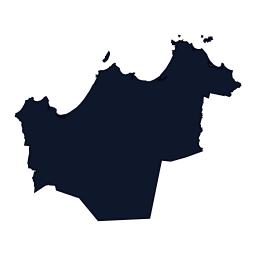 outline of Dorset, Tasmania, Australia
{"feature_id": "25037944B7753328322432", "entity_name": "Dorset", "entity_type": "district", "adm_level": 2, "iso_a3": "AUS", "parent_name": "Australia", "parent_adm1": "Tasmania", "projection": "albers", "projection_center": [147.795, -41.048], "detail": "fine", "context": "isolated", "style": "filled", "palette": "ink", "viewbox_px": 256, "rotation_deg": 0, "n_neighbors": 0, "source": "geoboundaries", "source_scale": "gbopen_adm2", "svg_char_len": 5642}
<svg xmlns="http://www.w3.org/2000/svg" viewBox="0 0 256 256"><path d="M239.4,87.0L239.6,86.0L240.6,85.6L240.2,83.8L237.4,82.2L236.4,82.6L235.0,81.9L234.1,80.9L233.7,79.7L232.8,79.2L231.8,77.3L231.4,73.6L232.2,71.0L229.5,70.4L226.7,68.8L224.0,66.4L223.5,65.4L223.5,64.8L222.7,63.6L222.1,63.6L222.1,64.5L221.6,65.1L222.4,66.2L222.3,67.6L221.8,68.5L221.2,68.7L218.0,68.1L217.5,68.4L217.6,68.8L218.2,68.9L218.3,69.1L218.5,69.1L218.3,69.1L217.6,68.8L217.5,68.3L214.0,67.2L212.5,65.8L212.1,65.9L211.8,67.0L211.4,66.9L211.7,67.8L211.3,67.0L209.0,66.3L209.1,65.6L208.5,65.6L208.5,65.2L208.9,64.1L207.7,63.5L209.7,63.5L208.6,62.6L209.3,62.4L209.3,61.6L210.6,63.1L210.5,64.9L211.8,64.2L213.2,66.2L216.2,67.5L219.5,67.8L220.9,67.5L222.0,66.2L221.9,65.9L221.5,66.6L220.0,67.4L217.5,67.5L213.6,65.4L209.7,61.3L207.5,57.5L206.3,54.4L201.7,49.0L200.5,49.8L197.1,49.7L194.0,48.3L192.8,47.0L192.7,48.1L194.2,49.0L193.9,49.0L193.7,50.1L195.2,50.5L194.2,50.5L193.1,50.1L191.8,47.8L192.9,46.8L191.9,45.8L191.8,44.1L191.4,43.7L190.4,44.5L188.9,44.6L187.4,42.4L186.5,42.3L186.3,41.9L185.4,42.2L182.3,41.6L181.8,41.3L182.0,40.8L180.8,41.5L179.6,40.6L179.5,40.1L179.4,41.0L178.6,41.6L176.3,42.6L174.2,42.6L174.1,42.0L173.6,42.3L173.4,41.6L172.9,41.6L172.6,40.7L172.0,40.5L171.9,41.4L172.4,42.1L171.9,42.4L172.7,43.4L172.7,44.4L173.8,44.5L174.3,43.9L175.1,44.3L175.3,44.9L176.1,45.0L176.3,46.1L175.5,46.8L175.8,46.9L176.1,47.7L174.9,51.0L174.3,51.3L174.0,50.9L172.9,50.9L173.4,51.9L173.0,52.6L173.4,53.4L173.1,53.6L173.4,54.2L173.2,54.4L173.8,55.1L170.6,61.9L166.2,69.1L160.8,75.4L160.9,76.4L160.2,77.7L160.4,79.4L160.8,79.7L161.9,79.0L162.9,78.8L164.3,79.2L165.0,77.0L166.0,77.0L165.8,76.8L166.3,77.0L165.8,77.5L165.0,77.2L164.9,77.5L165.4,77.5L164.9,77.6L164.5,79.4L162.0,79.2L160.9,80.3L159.0,79.8L158.0,80.8L159.4,78.2L159.1,77.4L159.8,77.4L159.9,76.7L154.4,80.2L149.9,82.0L147.0,81.9L145.8,81.3L141.9,81.0L138.1,80.0L137.3,79.3L136.5,78.1L133.2,75.8L132.3,76.6L132.4,76.9L132.1,77.6L132.5,78.2L132.2,78.9L131.9,77.5L132.2,76.9L131.9,76.7L132.1,76.2L133.1,75.8L133.3,75.2L133.6,75.6L133.4,73.7L129.6,73.5L129.3,74.0L125.8,75.2L122.6,74.5L119.9,71.6L119.5,70.2L118.7,69.2L119.1,68.6L114.7,65.3L115.1,63.7L114.7,63.5L113.0,64.6L110.9,67.1L109.7,67.2L109.3,68.3L105.7,70.2L103.1,71.0L100.7,70.8L98.9,71.4L98.9,71.9L99.7,72.2L99.5,73.0L99.8,73.4L98.9,74.2L99.0,75.2L98.6,75.6L96.5,75.4L96.8,76.1L96.5,76.6L97.4,76.7L98.0,77.7L97.5,77.8L94.8,83.1L96.4,83.7L95.0,83.5L93.2,85.3L90.3,90.9L84.3,99.9L80.6,104.3L76.9,108.0L70.0,112.8L66.5,114.6L60.4,115.7L57.1,114.6L58.7,115.6L58.9,116.6L61.7,117.1L62.3,116.6L63.2,117.6L63.6,117.1L64.2,117.3L63.9,116.7L64.0,116.5L64.3,116.5L65.1,117.0L64.7,116.3L65.2,116.8L65.1,117.1L64.1,116.6L64.2,117.4L63.7,117.3L63.2,117.7L62.7,117.6L62.4,116.9L61.8,117.6L60.5,117.4L60.3,117.7L60.4,117.3L58.7,117.1L58.2,116.4L57.6,116.2L57.0,115.2L57.2,114.2L56.1,113.4L55.7,112.4L56.0,109.8L54.4,108.4L50.9,107.2L48.5,107.5L48.6,108.6L49.7,109.1L48.3,108.9L48.2,107.3L48.9,107.3L49.1,106.9L49.4,107.3L49.4,106.9L47.7,102.9L48.2,100.6L46.1,96.9L44.6,97.6L42.9,99.6L40.8,101.1L37.5,102.0L35.0,101.7L33.3,100.5L32.6,99.1L33.1,98.3L32.6,97.7L32.1,97.7L30.5,99.1L29.6,98.7L29.6,99.3L28.3,100.3L25.8,101.0L25.9,102.0L25.0,104.3L22.7,108.3L20.7,111.0L17.7,113.2L15.4,114.0L16.1,113.8L16.7,114.0L16.3,114.0L16.4,114.6L15.6,115.4L15.6,116.4L16.7,116.4L17.5,117.7L18.8,118.2L19.9,120.3L22.0,121.5L22.2,122.8L22.6,123.0L22.7,123.5L22.3,123.6L22.0,124.5L22.5,127.0L23.0,127.6L22.9,131.5L23.1,132.2L24.6,133.6L25.2,136.3L24.9,137.9L26.0,139.7L24.8,144.9L30.1,145.5L29.7,148.5L29.9,153.1L29.1,157.2L29.9,157.3L29.8,158.2L28.9,158.1L28.1,163.3L28.7,163.3L28.9,167.6L30.9,167.7L32.0,168.8L32.9,169.0L32.8,169.6L36.5,169.8L36.1,172.5L34.7,172.2L33.6,177.8L32.9,177.7L33.9,181.1L34.7,182.2L34.7,185.8L35.4,187.7L34.9,191.8L45.8,184.6L46.7,184.8L46.8,184.4L48.5,184.0L49.2,184.6L55.6,185.1L56.7,189.9L77.1,196.9L79.1,197.2L98.3,220.4L149.5,218.0L161.3,159.9L170.8,160.9L185.7,156.7L202.0,150.8L201.3,149.9L202.0,148.6L201.4,148.6L199.4,147.3L199.3,146.6L198.4,145.4L198.3,143.5L197.9,143.2L199.1,140.6L197.8,138.1L199.7,134.4L199.4,134.0L199.7,133.9L199.7,132.6L200.9,132.0L202.0,130.6L201.6,129.7L201.6,128.3L201.0,128.3L200.1,127.1L200.3,125.6L199.2,123.2L199.7,123.1L199.7,122.5L200.1,122.3L200.3,120.3L200.8,119.8L200.4,117.9L201.1,118.1L201.8,117.5L201.3,116.7L201.5,115.5L201.9,115.3L201.6,114.4L201.8,114.0L201.4,113.3L200.6,113.1L200.4,112.4L201.7,110.5L201.8,109.0L201.2,108.6L201.1,107.9L201.4,107.2L201.3,105.8L202.1,104.9L201.9,103.4L202.9,102.7L202.6,101.4L202.8,100.8L202.2,100.3L202.9,99.5L202.8,97.4L203.6,96.3L203.2,95.8L205.6,96.3L206.7,97.1L208.4,97.6L209.5,92.3L224.0,95.3L224.2,94.5L229.4,96.3L230.8,95.0L230.5,93.7L230.0,93.1L229.9,92.1L230.3,91.3L231.8,91.7L233.0,90.6L233.2,89.7L234.9,89.0L238.0,86.6L238.7,87.2L239.4,87.0ZM108.8,52.0L106.6,55.5L106.7,56.1L105.7,56.7L105.6,58.5L103.3,60.3L103.7,61.0L103.6,61.4L104.2,61.8L105.6,61.0L106.5,59.8L107.2,59.6L109.3,54.4L109.2,52.5L108.8,52.0ZM203.9,40.9L204.7,42.1L205.1,42.0L205.0,41.5L206.3,40.6L207.2,40.9L207.7,41.7L209.0,40.8L209.7,40.9L209.5,40.2L209.9,40.3L209.7,39.7L210.0,39.3L211.2,39.6L212.0,39.3L211.5,38.9L212.0,38.4L211.7,37.3L211.1,37.6L210.3,37.2L209.8,37.7L209.0,37.5L209.0,38.5L207.9,39.3L206.8,39.3L206.2,38.9L204.8,39.3L203.9,40.9ZM202.6,36.2L201.9,35.9L201.7,36.8L202.4,37.0L202.6,36.2ZM178.9,36.1L179.3,36.5L179.8,35.9L178.9,35.6L178.9,36.1ZM133.7,73.6L134.3,73.5L134.4,73.3L133.9,73.1L133.7,73.6ZM133.9,75.9L135.2,76.9L135.6,77.2L135.3,76.8L133.9,75.9ZM138.7,79.8L138.0,79.6L137.6,79.4L138.3,79.8L138.7,79.8Z" fill="#0f172a" stroke="#020617" stroke-width="1.5"/></svg>